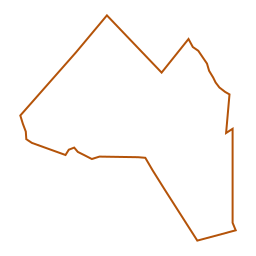 Cordilheira Alta, Santa Catarina, Brazil
{"feature_id": "56859067B61939757447304", "entity_name": "Cordilheira Alta", "entity_type": "district", "adm_level": 2, "iso_a3": "BRA", "parent_name": "Brazil", "parent_adm1": "Santa Catarina", "projection": "natural_earth1", "projection_center": [-52.641, -26.979], "detail": "fine", "context": "isolated", "style": "outline", "palette": "amber", "viewbox_px": 256, "rotation_deg": 0, "n_neighbors": 0, "source": "geoboundaries", "source_scale": "gbopen_adm2", "svg_char_len": 532}
<svg xmlns="http://www.w3.org/2000/svg" viewBox="0 0 256 256"><path d="M235.7,230.3L232.6,222.8L232.6,128.8L226.1,133.0L229.5,94.4L225.1,91.9L219.4,87.5L215.6,82.5L213.2,77.6L209.1,70.8L207.0,63.6L203.1,57.9L198.3,50.8L192.8,47.0L188.5,39.0L161.6,72.6L106.9,15.4L76.2,52.1L20.3,115.5L22.9,123.9L25.8,131.6L26.3,139.2L31.9,142.9L65.5,155.0L68.8,149.7L74.2,147.6L77.8,151.9L84.0,155.0L91.8,159.0L99.5,156.6L138.1,157.2L145.3,157.8L152.6,170.3L164.7,189.6L197.3,240.6L235.7,230.3Z" fill="none" stroke="#b45309" stroke-width="2"/></svg>